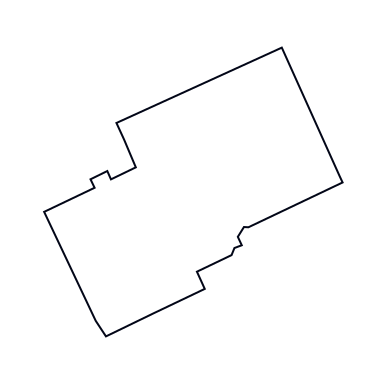 Richland, Ohio, United States of America (Albers equal-area conic projection), rotated 65°
{"feature_id": "52423323B34604508478331", "entity_name": "Richland", "entity_type": "district", "adm_level": 2, "iso_a3": "USA", "parent_name": "United States of America", "parent_adm1": "Ohio", "projection": "albers", "projection_center": [-82.503, 40.773], "detail": "fine", "context": "isolated", "style": "outline", "palette": "ink", "viewbox_px": 384, "rotation_deg": 65, "n_neighbors": 0, "source": "geoboundaries", "source_scale": "gbopen_adm2", "svg_char_len": 436}
<svg xmlns="http://www.w3.org/2000/svg" viewBox="0 0 384 384"><g transform="rotate(65 192 192)"><path d="M147.5,334.4L268.1,333.7L286.5,331.0L285.7,277.7L285.2,221.4L266.3,221.2L265.9,182.8L260.7,177.2L261.3,169.4L252.0,169.4L245.7,159.7L247.8,155.8L247.0,51.5L239.8,51.5L99.1,49.6L97.5,231.3L115.9,231.4L145.9,232.5L146.3,260.1L137.2,259.9L137.6,278.6L147.0,278.5L147.5,334.4Z" fill="none" stroke="#020617" stroke-width="2"/></g></svg>